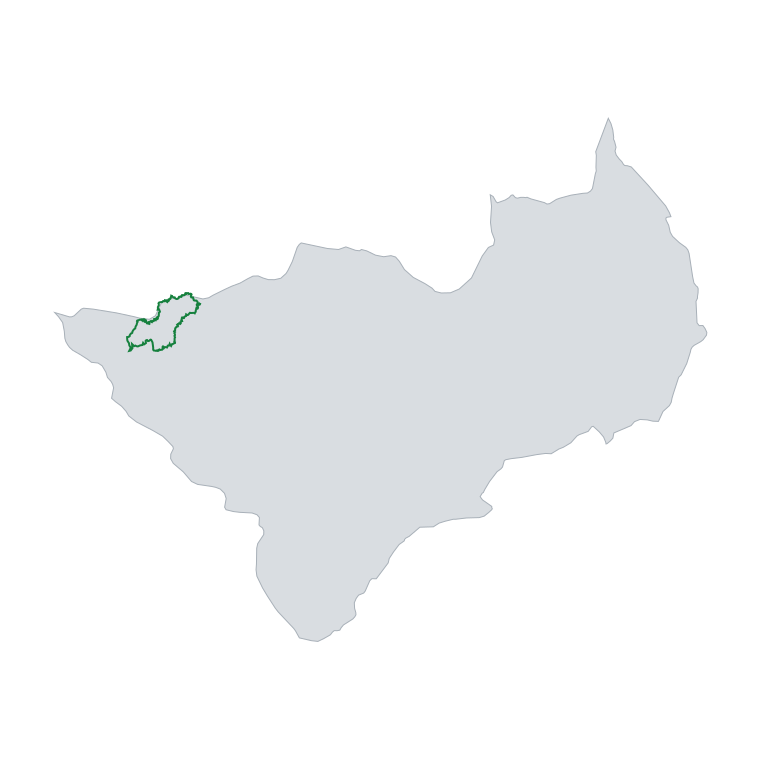 Zémio, Haut-Mbomou, Central African Republic shown in context, rotated 177°
{"feature_id": "33826404B4042011562142", "entity_name": "Zémio", "entity_type": "district", "adm_level": 2, "iso_a3": "CAF", "parent_name": "Central African Republic", "parent_adm1": "Haut-Mbomou", "projection": "natural_earth1", "projection_center": [25.196, 5.379], "detail": "fine", "context": "in_parent", "style": "outline", "palette": "green", "viewbox_px": 768, "rotation_deg": 177, "n_neighbors": 0, "source": "geoboundaries", "source_scale": "gbopen_adm2", "svg_char_len": 9416}
<svg xmlns="http://www.w3.org/2000/svg" viewBox="0 0 768 768"><g transform="rotate(177 384 384)"><path d="M541.0,264.5L548.3,266.7L549.6,269.3L547.6,277.9L549.0,283.2L553.1,287.7L557.4,289.6L561.4,290.7L575.4,293.5L581.3,296.7L589.0,306.7L598.6,315.8L601.0,320.7L600.6,325.1L597.7,330.4L598.1,332.6L602.6,337.9L607.7,343.4L617.0,349.5L633.1,359.0L640.5,365.4L643.0,370.2L647.2,375.5L653.0,380.3L656.8,384.0L654.2,394.4L655.0,397.9L656.4,400.8L659.8,405.0L661.1,410.3L664.5,416.9L668.5,419.9L675.1,421.0L678.6,424.1L685.9,429.3L693.0,433.9L696.1,437.0L697.9,439.8L699.5,443.0L700.3,446.3L700.5,453.4L701.7,462.2L705.5,468.2L709.1,472.6L694.6,467.5L692.5,467.4L689.9,468.3L682.4,474.6L680.0,475.4L670.5,474.0L647.4,469.0L629.7,464.2L624.4,462.5L614.9,460.9L608.7,464.1L602.8,475.3L601.1,477.6L591.9,480.9L587.5,480.0L576.8,483.1L560.4,478.4L554.5,479.3L549.9,481.7L538.0,486.8L530.8,489.7L522.5,492.3L514.5,496.3L509.2,498.6L504.0,498.5L499.3,496.2L494.1,494.3L487.9,493.9L481.5,495.0L476.0,499.5L473.8,502.7L469.1,511.2L463.5,525.0L461.3,527.8L459.3,529.2L433.5,522.3L422.4,520.7L414.9,522.9L405.5,519.0L401.4,518.3L399.5,519.5L394.2,517.8L385.7,513.1L377.6,511.1L370.3,511.8L365.8,510.2L362.2,505.6L357.6,497.2L349.2,488.9L338.0,482.2L331.0,477.2L328.2,473.8L322.1,471.9L312.9,471.6L303.9,474.9L291.1,485.3L279.2,506.7L272.6,514.9L267.3,517.0L265.9,522.1L268.5,530.3L269.2,539.7L267.3,555.7L268.0,567.4L265.2,565.5L262.5,560.1L261.2,559.0L253.3,561.4L249.3,563.6L247.1,565.8L245.4,566.1L243.0,563.2L241.0,562.6L237.9,563.2L234.8,563.1L232.7,562.7L231.4,563.0L227.7,561.2L214.2,556.7L211.9,555.2L209.2,555.4L202.2,559.3L198.5,560.4L187.3,562.8L175.4,564.0L170.8,564.1L167.7,565.8L165.6,568.3L161.9,583.0L160.9,585.6L161.0,589.3L160.0,601.2L160.4,604.9L146.1,637.6L143.7,632.1L142.2,625.7L141.7,618.4L142.0,616.5L141.1,614.3L139.9,608.3L141.1,604.5L140.1,600.5L137.4,596.5L134.8,593.5L133.4,590.8L132.2,589.6L129.4,589.2L125.7,587.8L109.8,568.6L93.4,547.1L90.0,540.1L88.7,536.1L92.7,535.7L93.8,534.9L93.8,533.1L91.4,527.6L90.2,520.5L88.1,516.3L81.7,509.7L75.5,504.7L73.6,502.1L72.5,498.4L70.2,475.2L69.2,468.6L67.2,465.7L65.8,464.4L65.3,462.7L65.6,458.6L66.4,454.9L66.4,453.4L68.1,450.2L68.2,428.7L66.2,425.8L62.5,425.7L60.5,422.6L58.9,418.6L59.4,415.9L63.0,411.5L65.4,409.8L72.4,406.3L74.4,404.6L75.7,402.5L76.5,399.6L80.6,388.6L86.8,377.6L89.4,375.3L95.6,359.1L97.1,354.9L98.1,350.8L100.1,347.5L106.8,342.0L111.9,332.3L117.4,332.8L123.0,334.4L130.2,335.2L135.8,333.3L139.5,329.5L157.0,323.1L158.3,317.9L161.1,315.2L164.3,312.8L165.4,312.5L165.6,314.2L167.5,319.6L171.5,324.9L177.3,330.8L178.9,330.4L182.6,326.0L191.7,323.2L194.0,322.0L200.5,315.5L208.3,311.4L212.8,309.9L220.7,305.6L226.3,306.2L235.2,305.5L250.2,303.5L261.0,302.8L266.5,302.0L267.9,301.1L270.0,294.9L271.6,293.2L275.7,290.5L283.7,281.1L289.0,273.2L290.5,270.4L291.6,269.9L293.9,266.5L291.7,263.1L282.8,256.1L282.9,255.1L282.4,253.9L282.9,252.9L286.3,250.1L290.9,246.8L295.8,245.6L308.6,245.9L319.4,245.2L322.0,245.3L330.4,243.7L336.2,242.2L342.2,238.8L355.7,239.1L366.9,230.5L370.2,229.0L371.6,227.7L372.0,226.3L377.3,222.9L383.2,215.9L387.9,209.5L389.2,205.1L401.9,189.9L406.3,190.2L408.5,188.3L413.6,178.2L415.2,176.3L420.4,174.5L422.9,171.5L425.1,167.1L425.1,161.5L424.1,157.1L424.1,155.0L425.4,153.0L427.4,151.0L437.1,145.5L439.5,142.9L441.0,140.5L443.7,140.1L446.6,140.3L448.5,138.9L450.6,136.4L457.3,133.0L463.5,130.4L470.0,131.5L481.8,134.9L485.3,142.1L487.0,144.7L501.5,161.8L504.3,165.8L511.5,178.3L515.9,186.6L521.0,198.7L521.5,205.2L520.8,210.8L519.7,226.7L518.4,231.3L512.0,239.9L511.7,243.7L513.0,246.9L515.0,248.2L516.2,249.8L515.4,257.2L517.7,260.1L522.5,262.1L534.7,263.4L541.0,264.5Z" fill="#d9dde1" stroke="#a8b0b8" stroke-width="1"/><path d="M638.1,444.3L638.1,442.3L638.0,440.7L636.5,438.0L636.3,435.8L635.0,433.5L636.7,430.4L635.2,430.7L633.3,433.0L633.5,437.1L631.5,434.9L630.3,435.4L629.2,434.7L627.8,434.4L625.6,435.3L623.2,435.6L622.4,437.7L621.4,436.2L619.6,437.3L619.8,439.5L619.1,440.2L618.3,440.3L617.5,439.2L616.5,439.3L614.9,440.5L614.2,440.3L613.0,437.7L612.6,432.6L612.7,430.3L612.1,429.5L611.1,429.4L609.9,429.0L609.4,429.1L608.9,429.5L608.6,429.0L608.1,428.8L607.3,429.1L607.0,430.0L606.5,430.3L605.6,429.7L603.7,429.9L603.4,430.7L602.9,430.9L602.5,430.8L602.2,431.0L602.3,431.4L602.5,431.7L602.9,431.8L603.2,432.1L603.2,432.6L602.9,433.1L602.5,433.1L601.7,432.5L601.2,432.0L600.1,432.3L599.3,432.1L598.8,431.8L598.2,432.7L598.0,433.6L597.2,433.8L596.5,433.7L595.9,435.3L595.3,434.0L594.6,433.1L593.6,434.9L592.2,435.2L591.4,435.7L590.6,435.9L590.5,436.6L591.2,436.9L591.2,437.6L590.8,438.3L590.8,439.5L590.7,440.7L590.2,441.6L590.6,442.3L590.7,443.2L590.2,443.7L590.2,444.4L590.4,445.3L590.7,445.7L590.5,446.3L590.1,446.7L590.5,447.0L590.9,447.5L590.2,448.4L589.8,448.5L589.6,450.6L588.7,451.3L588.5,451.8L587.4,452.2L587.0,452.2L586.6,452.7L586.9,453.2L587.5,454.0L586.7,454.7L586.1,454.8L585.6,455.3L584.4,454.6L583.9,455.1L584.3,455.7L584.2,456.3L583.7,456.3L583.2,457.0L583.2,457.6L582.7,457.4L582.3,457.4L582.6,458.8L582.6,459.7L582.4,460.6L582.2,461.0L581.3,461.0L580.8,460.3L580.3,460.3L579.7,461.6L578.8,462.1L578.2,462.2L577.9,463.9L576.6,463.1L575.8,463.4L575.4,463.9L574.6,464.8L574.0,465.3L573.3,465.0L570.3,465.0L569.7,464.8L569.3,464.5L568.8,465.5L568.2,466.0L568.2,466.9L568.1,467.5L567.8,468.0L567.4,468.5L567.6,469.2L567.3,469.9L566.4,469.0L566.1,469.1L565.7,469.9L565.9,470.8L565.8,471.5L565.8,472.2L566.8,472.5L566.9,472.9L566.6,473.5L566.0,473.8L565.3,473.6L564.8,473.0L564.1,472.8L563.7,473.1L563.5,473.6L563.8,473.7L564.3,474.2L564.7,474.1L565.2,474.2L565.9,475.0L566.0,475.7L566.0,476.0L566.4,476.4L566.9,477.1L567.4,477.2L567.8,477.1L568.8,477.4L569.1,477.3L569.5,477.6L569.8,478.2L569.8,478.5L569.8,479.1L570.1,479.8L570.1,480.1L570.1,480.3L570.3,480.5L570.8,480.3L571.1,480.4L571.3,480.4L571.8,480.7L572.0,480.7L572.1,480.9L572.2,481.3L572.2,481.5L572.2,482.0L572.1,482.3L572.0,482.7L572.0,482.9L571.6,483.1L571.5,483.3L571.5,483.6L571.8,484.0L572.4,484.3L573.0,484.1L573.4,484.1L574.3,484.1L574.6,484.4L574.5,484.7L574.6,485.0L574.9,485.1L575.7,484.9L576.2,485.0L576.2,484.9L576.3,484.6L576.4,484.3L576.6,484.2L576.9,484.2L577.0,484.2L577.0,484.5L576.8,484.9L576.8,485.0L577.0,485.2L577.3,485.2L577.7,485.0L577.9,484.2L578.3,483.8L578.3,483.5L578.5,483.3L578.8,483.3L579.2,483.1L579.6,483.2L580.6,483.3L581.0,483.4L581.7,482.7L581.5,482.0L581.6,481.8L581.8,481.6L582.0,481.6L582.2,481.9L582.3,481.9L582.8,481.8L583.3,481.9L583.7,481.8L584.1,481.8L584.3,481.6L584.4,481.3L584.5,480.6L584.6,480.4L584.9,480.2L585.4,480.1L585.8,479.8L586.1,479.8L586.4,479.7L586.8,479.8L587.7,480.2L588.1,480.5L588.2,480.8L588.4,481.4L588.8,481.5L589.0,481.3L589.3,481.3L590.0,481.6L590.3,482.0L590.8,482.4L591.0,483.0L591.8,483.3L591.8,483.2L591.9,482.7L592.2,482.2L592.3,481.5L592.4,481.2L592.6,481.2L592.9,480.2L593.1,480.1L593.4,480.3L593.9,479.9L594.1,479.9L594.4,479.7L594.6,479.8L594.8,479.7L594.9,478.7L594.6,478.4L594.8,478.2L595.1,478.3L595.3,478.1L595.5,478.0L595.8,477.9L596.0,477.7L596.0,477.4L596.1,477.2L596.4,477.4L596.7,477.7L596.7,477.8L596.6,478.1L596.8,478.6L597.0,478.7L597.0,478.9L597.6,478.9L598.2,479.1L598.2,478.6L598.6,478.1L599.0,478.1L599.8,478.4L600.0,478.2L600.5,478.2L600.8,477.7L601.2,477.4L601.5,477.5L602.0,477.5L602.5,477.4L603.3,477.4L604.0,477.2L604.4,477.1L604.7,476.6L604.9,476.5L605.0,476.3L604.8,475.8L604.7,474.7L604.9,474.1L605.4,473.4L605.6,472.9L605.8,472.6L605.8,472.3L605.8,471.9L605.7,471.4L605.9,471.0L605.9,470.6L606.1,470.1L605.7,470.1L605.3,470.3L604.9,470.3L604.9,470.0L604.4,469.5L604.3,469.1L604.3,468.7L604.1,468.3L604.0,467.9L604.3,467.6L604.5,467.3L604.8,467.2L605.1,466.9L605.1,466.6L605.2,466.1L605.2,465.8L605.3,465.2L605.2,464.8L605.4,464.2L605.4,463.7L605.8,463.3L606.0,462.8L606.2,462.5L606.4,462.4L606.7,462.8L606.8,462.8L607.1,462.4L607.5,462.1L607.4,461.5L607.3,461.4L607.2,461.3L606.9,461.3L606.7,461.6L606.4,461.3L606.5,461.0L606.8,460.7L607.3,460.8L607.7,460.6L607.9,460.6L608.3,459.7L608.2,459.5L608.0,459.4L608.3,459.4L608.6,459.6L608.5,460.2L608.7,460.8L608.9,461.0L609.0,461.0L609.7,460.9L609.8,460.9L609.6,460.3L609.8,460.2L610.1,460.2L610.1,459.8L610.3,459.7L610.2,459.4L610.3,459.2L610.5,459.1L610.6,459.4L610.8,459.4L610.9,459.1L611.0,459.0L611.5,459.1L611.8,459.0L612.1,459.0L612.2,458.8L612.3,458.6L612.2,458.3L612.3,458.2L612.5,457.9L612.9,458.1L613.2,458.3L613.4,458.5L613.6,459.0L614.6,458.4L614.9,458.3L615.3,458.3L615.7,458.2L615.8,458.0L615.9,457.9L615.2,457.1L615.1,456.7L615.1,456.3L615.3,456.2L615.6,456.4L615.7,456.7L616.1,457.0L616.3,457.0L617.1,456.8L617.6,457.0L617.7,457.3L617.5,458.0L618.1,458.4L618.2,458.8L618.5,458.7L619.3,458.4L619.5,458.5L619.8,458.7L619.8,458.8L619.5,459.1L618.9,459.3L618.8,459.5L618.6,459.6L618.4,459.9L618.4,460.1L618.5,460.2L618.7,460.3L619.2,460.3L619.4,460.1L619.6,460.2L619.8,460.7L619.8,461.0L620.1,461.1L620.3,461.3L620.5,461.1L620.5,460.9L620.2,460.5L620.2,460.4L620.4,460.1L620.4,459.9L620.5,459.8L621.1,459.7L621.4,460.0L621.6,460.1L621.6,460.7L621.4,460.9L621.6,461.1L621.9,461.0L622.1,460.6L622.2,460.9L622.5,461.2L622.9,461.1L623.2,460.7L624.2,461.1L625.2,460.8L625.8,460.5L626.8,460.4L627.2,460.2L627.4,459.7L626.9,459.2L626.8,458.9L627.5,457.8L627.9,456.1L628.8,454.8L629.2,454.0L629.5,452.5L630.4,452.0L631.3,451.2L632.5,449.5L632.7,448.3L633.2,447.9L634.2,447.6L635.5,445.8L635.5,445.0L636.5,444.4L638.1,444.3Z" fill="none" stroke="#15803d" stroke-width="2"/></g></svg>